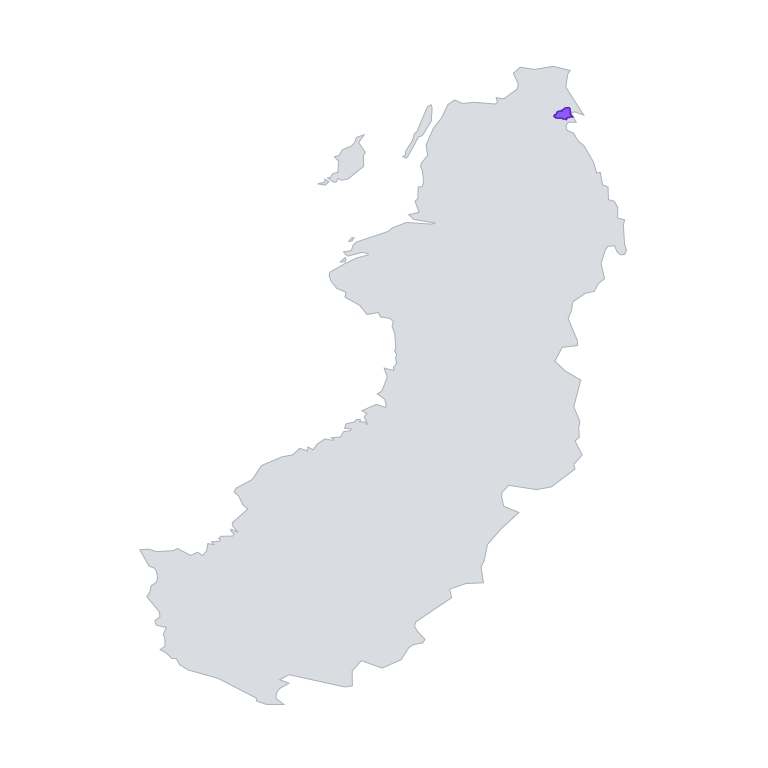 Ängelholm, Skåne, Sweden (highlighted), rotated 183°
{"feature_id": "70781695B30639939072107", "entity_name": "Ängelholm", "entity_type": "district", "adm_level": 2, "iso_a3": "SWE", "parent_name": "Sweden", "parent_adm1": "Skåne", "projection": "natural_earth1", "projection_center": [12.99, 56.279], "detail": "fine", "context": "in_parent", "style": "filled", "palette": "violet", "viewbox_px": 768, "rotation_deg": 183, "n_neighbors": 0, "source": "geoboundaries", "source_scale": "gbopen_adm2", "svg_char_len": 4407}
<svg xmlns="http://www.w3.org/2000/svg" viewBox="0 0 768 768"><g transform="rotate(183 384 384)"><path d="M158.0,527.9L161.0,534.0L167.6,533.2L170.2,528.7L173.6,515.5L169.2,500.8L175.1,495.7L178.8,487.6L187.7,485.2L199.7,475.8L200.8,466.2L203.6,459.2L193.4,437.9L192.7,432.6L208.0,429.9L214.6,415.8L204.0,406.7L187.7,398.2L193.3,371.2L186.4,356.6L187.3,350.5L186.2,341.1L190.3,337.2L182.4,323.4L190.2,313.9L188.8,309.1L211.4,290.0L226.4,286.5L254.0,289.4L260.5,281.9L260.7,277.8L258.1,268.2L242.6,262.7L259.3,245.7L272.3,229.1L274.6,213.1L277.6,206.3L274.2,190.7L291.9,189.0L307.7,182.6L305.4,174.1L339.8,148.1L340.8,143.5L338.0,139.1L329.6,131.1L331.9,127.5L341.1,125.3L345.6,121.8L352.3,109.7L371.0,100.2L392.1,106.5L400.8,95.8L399.8,80.9L407.3,79.4L463.5,88.7L472.7,83.2L463.1,80.3L472.3,74.4L474.8,70.7L475.6,66.4L475.1,64.1L467.2,58.7L484.7,57.9L494.4,60.5L495.4,63.8L534.2,81.3L564.7,88.2L573.6,93.2L576.9,98.7L581.7,99.0L587.6,104.1L593.6,107.0L589.0,110.6L589.5,118.7L591.3,122.5L588.7,129.5L598.7,131.2L600.5,135.5L595.5,139.9L596.4,144.7L609.8,159.3L606.8,164.1L606.2,170.1L600.7,174.5L600.0,179.1L601.4,185.0L603.4,187.9L609.1,189.8L619.2,205.7L609.8,206.8L602.5,204.6L585.7,206.6L581.6,209.0L568.4,202.7L561.2,206.2L556.1,203.1L552.3,208.3L551.6,215.4L545.5,214.7L547.9,217.4L539.7,218.4L539.2,219.5L541.0,221.3L538.6,223.4L527.3,224.2L525.9,226.5L529.3,229.2L529.3,231.0L522.0,228.4L527.1,233.5L528.4,237.3L513.4,252.1L518.7,256.0L523.3,264.5L528.1,268.3L526.3,272.2L510.6,281.7L502.0,296.2L482.1,305.9L471.6,308.4L464.9,315.3L456.8,313.2L456.7,317.2L451.4,314.6L447.3,320.8L440.2,326.0L432.1,325.0L431.3,326.0L433.8,327.5L424.6,328.8L422.0,334.2L415.2,335.7L414.1,337.4L421.0,337.8L419.8,342.2L411.9,344.4L409.2,347.2L405.6,347.2L406.3,345.0L401.0,345.1L399.3,342.6L398.4,343.2L402.1,350.5L399.5,353.4L404.6,356.2L390.4,363.3L381.6,360.6L380.5,362.7L382.5,368.8L390.2,373.7L385.7,376.9L381.1,391.2L384.7,399.9L374.7,398.0L375.5,401.2L372.4,405.1L373.8,410.7L372.9,414.4L375.3,417.7L374.0,419.4L375.9,435.1L378.9,441.8L378.0,447.1L382.1,450.0L390.8,450.7L393.5,455.1L404.5,452.5L412.5,461.3L427.5,468.7L426.9,473.6L436.4,477.2L442.2,483.8L444.5,489.4L443.9,492.8L429.4,502.1L418.2,508.3L406.5,512.1L407.2,513.6L413.0,514.2L427.0,509.8L431.3,513.7L423.6,515.5L422.2,520.9L419.0,524.3L388.0,536.5L383.9,540.3L370.1,546.5L344.9,546.1L341.1,547.4L362.9,549.9L368.2,554.4L357.9,557.3L362.6,568.1L360.0,570.7L360.1,582.6L356.3,582.9L354.9,587.8L357.0,599.8L358.9,603.2L358.1,606.6L352.3,614.8L354.5,624.5L348.0,642.3L340.5,652.6L334.8,666.4L328.3,671.3L320.5,668.2L309.0,670.0L287.9,669.4L285.3,670.8L286.9,675.8L279.3,675.1L266.1,685.8L265.7,691.0L271.1,701.0L264.6,707.5L250.3,706.0L231.5,710.1L214.6,706.8L216.7,703.3L218.0,690.0L198.6,663.0L207.7,665.8L211.3,664.3L205.8,655.6L213.5,655.0L215.9,651.9L214.5,646.8L208.1,644.6L202.6,636.6L196.8,632.5L186.5,616.7L182.7,605.8L179.2,606.8L176.1,594.4L170.6,592.5L169.5,579.9L163.6,578.5L159.9,572.8L159.3,561.9L152.3,560.5L153.3,555.3L151.1,536.2L148.8,530.2L150.7,525.8L154.5,525.4L158.0,527.9ZM451.1,586.7L448.0,587.8L446.3,591.3L441.3,593.0L440.8,604.0L445.4,608.2L440.8,610.0L437.7,615.9L429.3,619.8L425.9,623.5L424.3,628.9L416.9,631.8L422.0,623.8L414.8,614.4L416.5,611.1L415.6,600.4L430.6,586.9L437.5,585.3L440.8,586.8L442.0,583.5L444.3,582.7L451.1,586.7ZM355.3,663.0L351.6,665.4L350.4,662.0L350.5,649.2L358.7,634.0L362.4,632.7L372.2,612.2L373.3,610.8L376.9,612.1L374.4,614.0L374.6,617.6L368.3,628.6L366.7,635.8L364.4,637.5L355.3,663.0ZM454.0,582.4L453.5,585.5L449.6,583.0L453.1,579.5L460.7,580.4L454.0,582.4ZM434.0,503.6L429.3,508.3L428.3,506.4L429.2,504.0L434.0,503.6ZM424.1,528.2L421.6,528.5L423.3,525.3L426.6,524.5L424.1,528.2Z" fill="#d9dde1" stroke="#a8b0b8" stroke-width="1"/><path d="M213.5,669.6L213.8,669.6L215.4,669.5L216.9,669.4L217.7,668.8L218.5,668.6L218.9,667.6L219.6,667.2L220.2,667.0L220.7,666.8L220.7,665.9L222.4,665.8L223.7,665.6L224.6,665.0L225.1,664.9L225.3,664.8L225.5,663.9L225.9,662.9L226.5,662.4L227.7,661.7L227.7,661.0L228.4,660.4L227.8,659.8L226.6,658.9L225.7,658.6L224.1,658.6L221.9,658.7L220.7,658.7L219.4,658.3L219.0,657.9L217.8,658.1L216.9,658.1L215.8,657.5L215.3,658.1L215.3,659.4L213.7,659.7L212.8,659.9L212.0,660.4L210.5,660.5L209.6,660.7L210.3,661.3L211.3,662.3L212.3,664.4L211.9,665.6L212.1,665.8L212.6,666.7L212.4,667.8L212.8,668.8L213.5,669.6Z" fill="#8b5cf6" stroke="#5b21b6" stroke-width="1.5"/></g></svg>